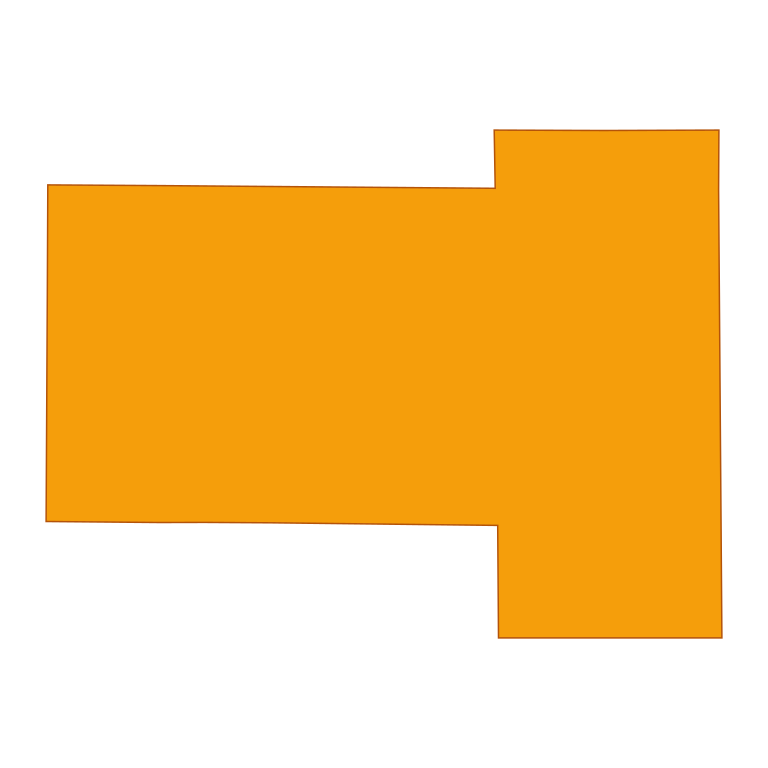 outline of Fond du Lac, Wisconsin, United States of America
{"feature_id": "52423323B49999362259399", "entity_name": "Fond du Lac", "entity_type": "district", "adm_level": 2, "iso_a3": "USA", "parent_name": "United States of America", "parent_adm1": "Wisconsin", "projection": "orthographic", "projection_center": [-88.541, 43.741], "detail": "fine", "context": "isolated", "style": "filled", "palette": "amber", "viewbox_px": 768, "rotation_deg": 0, "n_neighbors": 0, "source": "geoboundaries", "source_scale": "gbopen_adm2", "svg_char_len": 345}
<svg xmlns="http://www.w3.org/2000/svg" viewBox="0 0 768 768"><path d="M494.2,130.1L495.2,188.3L159.9,185.6L47.8,184.9L47.3,297.0L46.1,521.5L158.4,522.5L165.0,522.5L204.5,522.4L270.9,522.8L271.2,522.8L497.7,525.4L498.5,637.9L721.9,637.9L718.6,189.5L718.9,130.1L603.7,130.5L494.2,130.1Z" fill="#f59e0b" stroke="#b45309" stroke-width="1.5"/></svg>